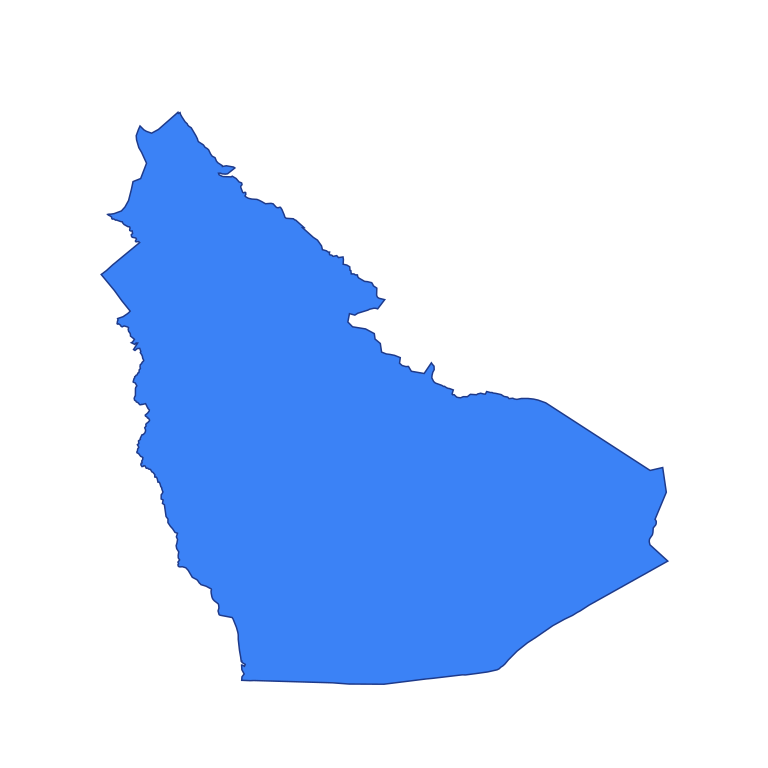 outline of Huixquilucan, México, Mexico, rotated 261°
{"feature_id": "50627088B22281598163621", "entity_name": "Huixquilucan", "entity_type": "district", "adm_level": 2, "iso_a3": "MEX", "parent_name": "Mexico", "parent_adm1": "México", "projection": "mercator", "projection_center": [-99.319, 19.371], "detail": "fine", "context": "isolated", "style": "filled", "palette": "blue", "viewbox_px": 768, "rotation_deg": 261, "n_neighbors": 0, "source": "geoboundaries", "source_scale": "gbopen_adm2", "svg_char_len": 6143}
<svg xmlns="http://www.w3.org/2000/svg" viewBox="0 0 768 768"><g transform="rotate(261 384 384)"><path d="M164.7,636.6L183.6,621.5L186.6,621.3L188.5,621.7L189.6,622.2L193.1,625.5L195.3,626.4L199.7,627.4L202.2,630.2L203.3,630.9L205.4,631.4L206.7,631.2L207.9,630.5L232.9,645.9L257.9,646.2L257.0,633.3L340.1,540.8L344.0,533.7L345.7,529.4L347.2,523.9L348.2,517.4L348.0,512.9L348.8,510.5L349.8,509.0L350.0,505.2L351.7,504.1L353.0,500.5L355.2,498.1L357.2,493.1L358.0,490.4L358.7,489.4L358.9,487.9L360.5,484.2L358.2,482.6L358.5,481.0L359.8,478.0L359.5,474.9L358.9,473.8L360.3,467.7L358.4,464.3L359.1,460.3L358.4,457.5L359.0,455.3L359.7,453.7L362.5,451.6L362.7,450.0L363.5,449.7L367.3,451.5L369.3,447.9L369.8,446.3L371.3,444.3L372.2,443.5L372.3,442.4L373.6,440.9L376.9,434.9L378.7,433.4L382.6,432.2L385.0,432.8L387.9,434.0L390.3,435.8L393.8,436.2L396.0,434.8L397.5,434.1L388.1,425.3L392.3,413.0L397.5,410.9L397.8,408.3L399.4,404.8L402.1,402.6L407.5,404.2L410.6,399.0L412.3,394.5L413.3,391.0L415.9,386.6L424.6,386.7L429.8,382.2L435.3,382.3L441.3,374.4L445.4,361.9L450.9,358.0L458.9,360.9L456.6,366.0L458.0,369.2L459.5,379.7L460.1,381.5L460.4,385.9L460.0,387.9L459.2,389.5L467.2,397.9L469.4,392.6L470.4,391.4L471.3,390.9L472.9,390.6L479.8,391.9L482.7,388.8L483.9,388.6L486.0,387.7L487.7,383.6L488.4,380.9L492.7,375.6L494.2,374.8L495.9,374.8L496.3,372.7L497.4,371.6L497.9,368.9L501.2,369.0L501.7,368.2L505.1,368.5L507.3,365.9L508.7,362.4L513.3,363.4L515.9,363.4L516.0,358.8L518.2,357.4L518.0,354.0L518.3,353.3L519.0,353.0L519.6,352.1L520.0,350.8L520.4,350.5L521.2,350.4L522.8,350.9L522.9,349.7L524.6,347.9L526.3,344.2L530.2,343.9L536.5,340.8L539.9,337.1L551.1,328.0L551.0,329.5L559.7,322.4L560.0,321.6L561.4,320.3L563.0,313.3L564.3,312.2L566.5,311.9L572.3,310.5L574.7,309.4L574.9,308.5L574.6,307.0L575.1,305.6L575.9,304.9L579.3,302.7L580.1,300.7L580.6,295.1L583.2,291.9L585.0,289.4L586.2,287.4L587.3,282.5L588.6,279.2L590.0,277.3L591.1,276.3L591.6,276.2L592.9,277.2L594.7,277.3L595.0,277.0L595.1,276.5L594.8,275.2L595.4,274.4L599.6,273.5L600.9,273.3L601.8,273.5L602.8,274.7L603.3,275.0L604.9,274.8L606.3,272.4L610.1,270.1L613.0,266.6L612.5,265.4L614.0,257.7L614.5,256.5L616.5,253.8L618.1,253.5L617.8,255.6L616.9,256.9L616.1,260.3L616.1,262.4L620.7,270.5L621.8,269.4L624.2,262.4L624.1,258.4L625.0,258.4L628.4,254.6L630.3,253.4L634.0,252.5L635.8,250.0L638.1,248.8L642.7,247.4L644.1,246.3L645.9,244.2L648.3,243.1L652.3,238.7L653.6,238.2L655.2,238.1L658.5,237.1L667.2,233.7L669.2,231.5L670.4,230.7L671.7,230.4L674.2,228.5L679.6,226.1L682.1,225.2L684.0,225.0L683.4,223.2L684.6,223.0L670.7,201.0L668.1,193.7L670.7,188.9L672.5,186.7L677.0,183.4L673.8,181.3L668.0,178.1L663.8,177.8L655.8,178.8L650.7,180.8L639.2,184.0L625.0,175.8L623.2,167.8L615.9,165.0L605.2,160.4L599.3,155.8L596.0,151.7L594.5,144.1L594.5,140.5L594.8,139.0L594.7,137.6L594.0,138.1L592.9,139.7L591.5,141.1L590.3,141.0L589.4,141.4L589.3,142.8L587.8,144.6L587.8,145.4L585.6,149.4L585.1,150.9L584.2,151.0L582.2,152.2L579.5,155.6L579.0,157.3L577.7,157.6L576.6,157.0L575.4,156.9L574.7,157.9L574.6,159.2L571.9,159.2L571.0,157.7L569.5,157.7L568.3,158.3L567.0,161.7L565.8,162.2L564.1,160.8L563.2,161.3L563.1,163.9L561.9,164.8L544.2,134.8L539.4,127.5L536.4,121.8L518.6,132.3L507.0,138.2L495.7,144.7L494.5,143.2L493.6,141.7L491.3,136.8L490.3,131.1L488.8,131.3L487.8,130.6L485.3,129.8L484.7,130.5L485.0,131.2L483.4,132.9L482.2,133.3L481.4,134.3L482.0,136.4L480.4,139.8L479.5,140.5L478.0,139.9L476.0,140.0L474.1,141.0L473.1,141.3L471.0,141.1L467.2,144.5L464.8,142.2L464.3,140.9L462.1,144.0L463.3,145.6L463.0,147.1L457.2,142.0L456.1,143.3L457.6,145.9L457.4,148.3L454.2,148.9L453.1,148.2L451.0,149.2L449.2,149.7L447.1,149.7L445.3,150.3L444.6,150.3L444.2,149.9L443.2,148.4L442.1,147.8L441.2,146.3L439.1,145.7L437.3,145.8L436.4,144.5L433.9,143.8L433.6,143.6L433.4,142.7L431.6,141.5L431.4,140.5L430.6,139.8L430.2,138.9L429.0,138.6L428.4,137.9L425.5,136.6L425.1,136.6L423.9,138.5L420.8,139.6L419.5,138.3L418.4,137.8L411.2,136.6L411.0,136.2L409.0,135.0L407.1,135.1L405.8,136.4L405.0,136.6L404.2,138.0L401.8,139.5L401.5,140.7L401.8,141.5L401.6,142.1L401.9,145.4L399.3,146.3L398.5,146.4L397.5,147.0L396.8,147.0L395.1,148.2L394.1,147.9L392.2,145.9L390.6,143.3L389.6,143.4L388.6,144.6L387.3,145.2L387.1,146.0L385.1,146.8L384.4,146.6L382.7,144.4L382.2,143.1L381.2,142.4L379.7,142.4L378.2,140.8L376.1,141.3L374.9,141.1L373.3,140.3L371.8,138.4L371.7,137.0L368.4,134.7L367.4,134.7L366.2,132.6L363.6,132.5L362.6,130.9L360.8,131.7L359.6,131.8L358.5,130.6L356.3,129.9L355.5,129.2L354.7,129.3L353.7,130.7L350.5,132.4L350.2,133.1L349.1,134.3L347.1,133.8L345.9,132.7L344.0,132.7L343.7,131.7L342.2,131.2L340.3,132.0L340.3,133.2L340.9,134.1L340.3,135.2L338.0,136.0L337.8,137.5L336.9,138.1L336.1,140.0L333.5,141.0L332.9,142.0L330.2,143.5L328.9,143.1L327.8,143.2L327.7,144.4L327.4,144.7L326.0,145.2L322.4,145.4L322.3,146.4L321.1,147.1L317.6,147.5L316.3,148.2L315.3,148.1L312.5,148.6L312.0,148.8L310.6,147.9L309.4,146.6L305.3,145.9L304.0,147.7L300.7,146.5L299.1,148.2L287.2,148.0L284.4,149.5L280.9,148.9L276.8,150.8L274.2,152.5L270.1,154.4L268.9,156.7L265.5,155.0L262.8,155.8L259.3,154.6L256.8,153.4L253.8,153.5L250.3,155.0L246.9,153.9L244.4,153.6L242.2,154.6L240.3,152.6L238.6,153.0L237.7,152.2L236.3,152.3L235.5,153.1L235.2,154.4L235.1,156.2L233.5,159.5L230.5,161.5L223.1,164.4L220.2,168.3L219.3,169.1L216.1,170.6L215.7,171.1L214.5,171.8L212.2,176.5L208.6,181.3L207.7,181.4L206.7,180.8L204.5,180.6L201.1,180.7L199.6,180.9L198.1,181.4L196.4,182.5L192.9,185.8L191.7,186.1L188.6,185.9L185.8,184.6L182.2,185.0L181.7,185.3L181.1,186.4L177.1,197.5L175.4,198.2L166.6,200.2L161.4,200.8L159.1,200.8L154.5,200.1L143.6,199.6L136.6,199.7L132.7,199.6L132.7,200.2L131.2,200.2L128.8,203.1L127.0,202.0L128.5,200.2L128.7,199.4L124.0,198.9L119.5,200.5L117.0,197.9L113.6,197.1L111.9,205.5L111.5,209.0L96.9,286.5L93.2,302.2L87.5,336.9L86.1,379.4L85.7,385.6L84.5,415.8L83.9,419.0L83.6,429.6L83.4,441.4L84.0,450.9L84.7,453.2L86.1,455.2L87.0,457.3L88.5,459.6L92.1,463.7L99.4,473.7L106.0,485.3L110.2,494.8L118.9,512.9L123.4,525.3L126.0,534.1L128.1,539.0L129.2,542.3L133.5,551.9L164.7,636.6Z" fill="#3b82f6" stroke="#1e3a8a" stroke-width="1.5"/></g></svg>